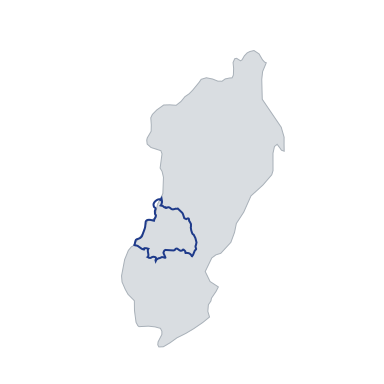 Albania, with Dibër highlighted, rotated 205°
{"feature_id": "ALB-1526", "entity_name": "Dibër", "entity_type": "County", "adm_level": 1, "iso_a3": "ALB", "parent_name": "Albania", "parent_adm1": "", "projection": "equal_earth", "projection_center": [20.235, 41.61], "detail": "fine", "context": "in_parent", "style": "outline", "palette": "blue", "viewbox_px": 384, "rotation_deg": 205, "n_neighbors": 0, "source": "natural_earth", "source_scale": "10m", "svg_char_len": 3826}
<svg xmlns="http://www.w3.org/2000/svg" viewBox="0 0 384 384"><g transform="rotate(205 192 192)"><path d="M128.0,117.1L128.2,112.0L129.5,104.0L128.8,101.3L129.5,96.7L127.2,90.5L123.3,86.1L127.1,78.3L132.7,68.8L137.8,61.3L144.0,53.5L148.2,46.0L152.6,39.6L156.5,37.6L158.4,39.0L159.4,41.8L159.1,50.1L160.4,53.0L163.0,55.1L168.6,54.1L174.8,52.0L183.1,47.6L184.5,47.9L187.6,50.2L194.0,60.2L198.3,69.1L206.7,72.2L211.4,75.6L217.4,80.9L220.4,86.2L224.5,102.4L225.0,112.2L223.8,116.7L222.8,117.8L219.1,133.8L220.0,142.0L219.9,147.3L216.8,149.5L214.6,152.8L218.1,166.2L217.7,171.9L217.8,178.4L224.1,193.3L227.8,198.0L231.0,200.2L235.3,213.9L237.7,216.3L247.9,215.0L252.9,216.5L254.9,219.8L255.4,222.0L254.7,229.8L257.3,235.7L260.7,241.8L260.7,245.6L258.5,251.7L254.4,258.9L249.0,261.6L243.0,263.9L240.2,269.5L238.7,275.4L236.1,279.8L234.4,284.6L231.9,294.4L231.3,298.0L227.3,301.6L221.0,303.1L215.4,303.4L211.6,305.1L209.7,308.5L206.1,311.2L203.9,312.4L203.9,315.4L206.5,321.6L209.5,326.7L209.6,330.8L208.1,332.0L203.5,331.4L202.5,332.9L202.1,337.5L200.8,341.4L198.9,343.8L195.6,346.4L189.6,345.5L184.0,341.6L181.0,340.4L179.3,340.5L178.9,331.0L176.4,323.6L167.5,305.7L138.5,288.4L131.7,280.6L128.7,274.1L125.7,267.9L128.6,267.7L131.4,269.3L135.0,271.2L136.5,268.1L135.0,261.4L127.6,245.6L127.0,241.3L130.7,228.2L136.9,213.4L136.6,195.6L138.5,182.2L136.4,173.4L135.5,162.8L140.0,148.6L143.8,145.1L146.2,140.6L146.4,125.5L137.8,118.5L128.0,117.1Z" fill="#d9dde1" stroke="#a8b0b8" stroke-width="1"/><path d="M221.8,165.0L221.8,166.6L221.3,168.3L220.5,169.8L219.5,171.0L218.4,171.7L217.3,171.4L217.0,173.4L215.2,170.8L214.8,169.8L214.6,168.4L214.5,167.4L214.7,166.5L214.0,166.6L212.9,167.0L211.9,166.8L210.9,166.5L210.5,166.5L210.2,166.7L209.9,166.9L209.6,167.0L209.3,166.5L208.9,166.5L208.5,166.7L207.7,167.6L207.2,168.1L206.7,168.3L206.0,168.4L204.9,168.3L204.0,168.0L203.3,167.9L202.6,168.0L201.9,168.2L201.4,168.6L200.2,169.5L200.0,169.8L199.7,170.0L199.4,170.1L198.9,170.3L198.6,170.4L198.4,170.5L197.9,171.0L192.0,169.0L190.9,168.2L187.9,165.0L185.7,165.0L185.3,165.6L184.5,166.4L183.9,166.5L183.4,166.2L182.7,165.1L182.2,164.5L180.9,163.7L179.4,162.5L179.2,162.1L179.0,161.7L178.9,161.3L178.5,160.7L178.4,160.4L178.3,160.0L178.1,159.3L176.5,156.9L174.9,155.2L174.0,154.4L173.4,154.1L172.4,154.0L169.4,151.6L166.6,148.2L166.0,145.6L166.0,144.8L165.8,144.1L165.4,143.5L164.2,142.2L164.1,141.8L164.2,141.4L164.4,141.1L164.7,139.8L164.5,135.5L164.8,133.8L165.1,133.8L165.7,134.2L166.6,134.8L168.3,135.2L169.5,135.1L170.9,134.6L172.1,134.0L172.3,134.1L172.8,135.1L173.1,135.4L173.7,135.7L175.3,136.2L175.8,136.0L176.0,135.6L176.0,135.2L176.4,134.7L177.3,134.0L177.8,133.9L178.7,133.9L181.4,134.4L182.1,134.2L182.6,133.8L182.9,133.2L183.2,132.0L183.6,131.6L184.1,131.2L191.7,128.2L192.3,127.2L192.3,126.6L192.3,125.2L191.9,124.5L188.6,121.6L188.4,121.3L188.6,121.0L189.1,120.9L189.9,120.8L190.9,120.6L191.9,120.2L192.6,119.3L193.5,118.3L194.4,117.7L195.7,115.5L195.7,114.1L196.3,114.8L196.3,115.1L196.3,115.4L196.3,115.8L196.3,116.3L196.6,116.8L197.1,117.3L198.0,117.4L199.4,117.1L200.2,116.6L200.9,115.9L201.3,115.2L201.8,114.7L203.0,114.2L204.6,114.3L204.4,114.6L204.9,116.6L207.1,119.8L207.6,121.3L207.5,122.1L209.4,121.8L210.5,121.4L211.3,121.0L211.6,120.5L211.4,120.2L211.2,119.9L211.2,119.6L212.0,119.4L213.6,119.3L218.5,120.2L219.8,120.0L221.1,119.6L221.8,119.6L221.8,120.2L222.4,122.8L222.6,124.2L222.6,124.9L222.1,125.8L220.3,127.5L219.5,128.5L218.9,129.9L218.7,131.0L219.3,138.4L219.7,140.6L221.4,145.4L221.4,146.0L221.4,146.3L221.0,147.3L220.3,148.0L219.3,148.6L218.1,149.1L214.3,149.9L214.6,151.4L214.4,154.2L214.9,155.7L215.8,156.1L216.4,156.7L217.2,158.3L217.4,158.6L217.7,159.4L217.8,161.0L218.0,161.6L218.5,162.1L219.8,162.3L220.4,162.7L221.4,164.0L221.8,165.0Z" fill="none" stroke="#1e3a8a" stroke-width="2"/></g></svg>